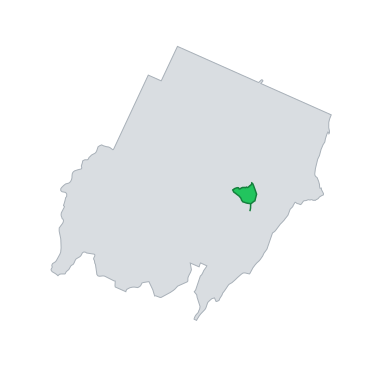 Shendi, River Nile, Sudan (highlighted), rotated 24°
{"feature_id": "16777658B52401836398535", "entity_name": "Shendi", "entity_type": "district", "adm_level": 2, "iso_a3": "SDN", "parent_name": "Sudan", "parent_adm1": "River Nile", "projection": "equal_earth", "projection_center": [33.672, 16.371], "detail": "fine", "context": "in_parent", "style": "filled", "palette": "green", "viewbox_px": 384, "rotation_deg": 24, "n_neighbors": 0, "source": "geoboundaries", "source_scale": "gbopen_adm2", "svg_char_len": 5588}
<svg xmlns="http://www.w3.org/2000/svg" viewBox="0 0 384 384"><g transform="rotate(24 192 192)"><path d="M248.4,307.4L245.7,307.4L245.4,306.5L245.4,304.1L245.7,302.4L246.7,299.5L246.5,298.0L246.6,295.8L245.9,293.3L239.4,286.0L238.1,284.0L234.6,282.2L235.2,280.2L233.8,265.4L234.5,263.7L234.7,261.1L234.7,258.8L235.5,255.0L235.6,253.4L228.7,253.3L228.6,255.0L228.9,256.8L228.9,257.5L219.3,257.6L223.1,263.3L223.3,265.9L223.1,269.0L223.1,271.1L223.3,272.4L224.4,275.0L224.3,275.5L224.1,276.1L217.2,283.8L216.0,287.4L215.1,289.3L213.1,292.5L206.8,300.7L205.8,301.3L201.0,301.6L200.6,301.8L200.2,302.2L195.9,297.2L189.1,291.4L184.5,294.4L183.3,295.5L183.2,298.4L182.6,299.8L181.3,301.4L178.0,302.3L176.2,303.2L174.1,304.8L172.1,307.4L171.9,308.8L172.1,310.0L160.5,310.0L159.8,309.0L158.1,304.6L156.9,304.9L146.4,304.4L144.9,304.8L141.8,306.6L140.3,306.9L138.7,306.1L133.3,297.5L132.1,296.5L130.8,294.4L129.6,293.5L129.2,292.8L129.1,291.9L129.2,290.0L128.8,288.9L127.9,288.6L120.4,290.6L119.4,290.3L117.8,290.7L117.3,291.1L116.6,292.2L116.5,294.6L116.3,295.7L115.7,297.0L113.5,300.0L113.1,301.2L113.1,304.5L113.0,306.1L112.6,306.8L111.7,308.1L111.4,308.8L111.0,312.9L109.8,315.4L109.5,316.3L109.4,318.1L109.2,318.6L105.8,320.1L104.5,321.0L103.8,322.4L103.6,323.0L102.1,322.5L100.3,322.1L96.8,321.7L95.4,321.0L94.7,320.0L94.9,317.5L94.6,317.0L94.0,316.6L93.7,315.5L93.7,314.2L95.6,311.3L96.0,309.7L96.6,302.5L96.5,300.3L95.1,296.2L91.7,289.2L90.9,287.8L86.8,282.1L86.3,281.2L85.3,278.8L86.5,273.5L86.6,272.0L86.3,270.5L85.3,269.3L84.3,269.2L83.1,267.8L82.3,267.1L81.6,265.9L81.1,264.1L81.5,257.9L81.3,257.0L80.2,256.8L80.0,256.4L80.0,255.2L79.5,251.6L78.9,248.6L79.3,247.0L78.4,244.8L76.7,243.8L73.3,244.6L72.3,244.4L71.5,244.0L71.1,243.2L70.8,242.3L71.1,240.8L72.1,238.2L73.3,236.0L75.8,234.0L76.4,232.9L76.8,231.8L76.9,230.4L76.8,229.0L76.5,227.7L75.8,226.0L75.2,224.0L75.2,222.6L75.5,221.6L76.2,220.4L78.7,218.1L81.2,216.2L81.6,215.6L81.5,214.8L80.3,213.2L80.0,210.1L79.5,208.0L80.7,206.4L81.7,205.8L83.1,205.3L83.7,204.7L83.9,203.4L83.9,202.2L84.4,201.3L85.1,199.3L85.7,198.4L87.6,196.1L88.1,194.7L88.2,193.2L87.8,188.9L88.9,187.2L90.3,185.7L92.3,185.8L95.4,185.4L97.5,184.8L99.0,184.8L102.4,185.6L102.8,185.3L103.0,184.2L104.5,103.0L118.5,103.0L118.7,102.9L119.5,64.9L207.6,64.9L208.4,64.8L209.8,61.3L210.4,61.0L211.3,61.2L211.6,62.0L210.8,64.9L287.8,64.9L288.0,69.2L288.6,72.7L290.8,77.7L292.7,80.3L293.4,81.8L293.5,82.5L293.4,83.1L292.8,82.4L291.8,81.9L291.7,84.2L292.2,89.0L293.0,92.3L292.5,95.4L292.6,100.6L293.6,106.9L293.5,110.9L295.2,120.3L296.8,125.6L297.6,126.8L298.6,127.5L300.5,128.0L303.2,130.6L305.5,133.4L306.2,134.9L307.3,136.5L308.0,136.2L308.5,135.8L309.2,137.1L312.7,139.9L313.2,141.2L312.0,142.5L310.5,144.7L309.9,146.8L309.5,147.4L308.4,148.7L308.2,149.3L307.7,149.7L307.1,149.7L306.0,150.4L304.9,150.2L303.8,150.6L303.4,151.1L302.6,151.5L301.4,151.7L299.6,153.5L298.1,154.3L297.5,155.0L296.8,158.5L296.2,159.4L293.8,159.5L292.7,159.8L291.1,159.4L290.4,159.4L290.2,160.2L289.9,163.2L290.0,164.4L288.7,167.8L289.1,174.2L287.9,178.9L287.7,180.0L286.4,183.8L285.8,185.2L284.2,192.3L283.6,194.4L282.2,196.7L283.7,213.7L282.6,218.9L282.6,221.8L281.8,226.0L281.2,227.9L280.1,230.3L279.3,232.9L278.5,236.4L278.0,242.9L277.8,243.5L273.6,244.3L272.3,244.8L271.4,245.5L270.4,247.2L268.3,251.8L267.2,254.6L265.4,258.5L263.4,261.3L263.0,262.6L262.6,265.1L261.9,269.0L261.2,271.8L261.3,274.1L260.7,278.0L260.8,279.9L260.1,280.9L259.1,281.9L258.5,282.2L255.6,279.6L253.5,281.4L252.3,283.9L251.3,286.5L251.8,291.9L251.8,293.1L251.5,294.4L249.6,299.7L249.0,302.1L248.4,306.4L248.4,307.4Z" fill="#d9dde1" stroke="#a8b0b8" stroke-width="1"/><path d="M242.9,159.4L243.0,159.7L243.2,160.4L243.2,160.7L243.2,160.9L243.2,161.1L242.9,161.7L242.7,161.9L242.7,162.0L242.7,162.3L242.5,162.7L242.3,162.8L242.1,163.0L242.0,163.5L242.0,163.8L241.6,164.3L241.5,164.6L241.3,164.9L241.2,165.0L240.9,165.3L240.7,165.3L240.3,165.4L240.1,165.5L239.9,165.4L239.8,165.5L239.6,165.5L239.4,165.7L239.1,166.2L239.0,166.3L238.9,166.4L238.7,166.4L238.3,166.4L238.2,166.5L237.9,166.6L237.6,166.7L237.1,167.0L236.8,167.1L236.5,167.2L236.3,167.4L236.1,167.6L235.8,168.0L235.6,168.1L235.4,168.2L235.3,168.6L235.0,169.0L234.8,169.3L234.6,169.6L234.3,169.8L234.1,169.9L234.0,170.0L233.9,170.0L233.7,170.0L233.5,169.9L233.4,169.7L233.0,169.4L232.9,169.3L232.6,169.3L232.3,169.4L232.2,169.4L231.9,169.5L231.7,169.7L231.5,169.8L231.3,170.0L231.0,170.1L230.6,170.5L230.4,170.8L230.1,171.0L229.9,171.2L229.8,171.3L229.6,171.5L229.4,171.8L229.4,172.0L229.2,172.1L229.0,172.4L228.9,172.9L228.8,173.1L228.5,173.3L228.4,173.4L228.4,173.5L228.5,173.5L228.7,173.8L228.9,173.9L229.0,174.0L229.6,174.6L229.8,174.7L229.8,174.8L230.0,175.0L230.3,175.1L231.4,175.3L233.1,175.7L233.8,175.9L236.1,176.4L236.5,176.5L236.8,176.6L237.2,176.8L237.4,176.9L237.6,177.0L238.0,177.2L239.1,177.7L239.4,178.0L240.2,178.8L240.5,179.2L241.2,179.6L242.4,180.3L244.9,180.0L245.3,180.0L245.5,180.0L246.8,179.8L247.0,179.8L247.2,179.7L247.5,179.6L248.3,179.4L249.8,179.0L250.3,178.9L250.6,179.4L250.6,179.5L251.0,180.3L251.6,181.9L252.0,182.8L252.7,186.0L252.3,184.0L252.0,182.8L251.6,181.9L251.0,180.3L250.9,180.2L250.8,179.8L250.6,179.5L250.6,179.4L250.3,178.9L250.6,178.6L250.8,178.4L251.2,177.6L251.7,176.7L251.8,176.4L251.9,176.2L252.0,176.0L252.1,175.8L252.2,175.7L252.3,175.6L252.4,175.4L252.5,175.2L252.6,174.9L252.8,174.7L252.9,174.4L253.0,174.4L253.0,174.1L252.6,172.1L251.9,167.7L251.4,167.2L248.8,164.4L248.4,164.0L245.9,161.4L244.2,159.8L243.7,159.6L243.1,159.4L242.9,159.4Z" fill="#22c55e" stroke="#15803d" stroke-width="1.5"/></g></svg>